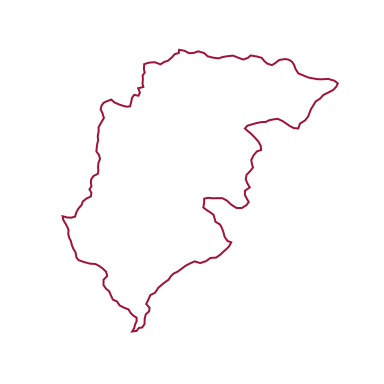 outline of Ingaí, Minas Gerais, Brazil, rotated 281°
{"feature_id": "56859067B52529568172767", "entity_name": "Ingaí", "entity_type": "district", "adm_level": 2, "iso_a3": "BRA", "parent_name": "Brazil", "parent_adm1": "Minas Gerais", "projection": "natural_earth1", "projection_center": [-44.929, -21.424], "detail": "fine", "context": "isolated", "style": "outline", "palette": "rose", "viewbox_px": 384, "rotation_deg": 281, "n_neighbors": 0, "source": "geoboundaries", "source_scale": "gbopen_adm2", "svg_char_len": 2900}
<svg xmlns="http://www.w3.org/2000/svg" viewBox="0 0 384 384"><g transform="rotate(281 192 192)"><path d="M70.3,172.4L73.3,168.4L77.9,169.7L82.9,170.8L86.0,174.9L91.7,177.3L97.0,181.5L101.3,185.6L105.9,187.6L108.5,189.6L111.0,193.0L115.0,196.7L118.3,199.7L121.4,203.5L124.4,207.8L123.8,213.6L126.8,219.0L130.8,222.7L132.2,228.1L135.5,231.4L139.0,233.9L141.8,236.1L145.5,238.7L150.1,240.1L150.7,236.2L154.3,232.5L158.8,230.4L162.1,228.4L165.4,225.8L167.3,220.7L170.6,219.1L173.7,217.5L175.6,213.6L177.0,210.0L179.0,206.0L183.8,206.0L187.8,205.2L189.4,209.0L189.8,213.8L190.9,218.3L191.7,223.1L190.2,228.0L187.1,232.9L184.8,238.6L185.8,244.0L189.6,248.0L193.0,249.6L196.3,246.8L199.2,244.5L203.3,243.7L207.5,247.8L211.3,244.5L214.8,242.3L219.3,242.3L223.9,245.3L227.7,247.2L231.0,245.4L234.7,244.1L239.7,245.4L244.3,248.0L246.4,251.8L250.6,250.6L254.1,247.6L257.3,243.5L260.7,238.5L262.3,235.4L264.4,231.8L267.6,233.6L269.7,237.6L271.9,242.1L273.9,246.8L274.9,251.2L277.1,253.9L278.6,257.5L280.2,262.2L278.9,267.4L277.3,271.2L275.6,275.0L274.2,279.5L274.6,284.1L279.9,285.0L283.9,289.4L288.4,291.6L293.0,292.4L296.1,293.0L299.5,294.3L304.5,296.1L308.1,299.9L312.4,302.5L316.1,307.4L319.2,311.2L323.1,313.6L326.5,314.4L328.4,310.6L329.0,304.1L327.5,298.3L326.7,293.8L326.6,289.8L326.6,284.3L327.7,278.9L328.7,273.8L332.5,270.2L336.2,268.0L338.9,265.4L340.3,261.9L340.3,258.1L338.3,252.5L334.4,249.1L331.8,246.3L332.4,241.3L334.4,237.9L337.0,234.9L337.4,229.8L337.2,223.5L334.4,221.3L331.8,217.2L332.7,211.6L333.7,206.2L332.2,201.3L330.7,197.1L328.2,192.4L327.9,186.2L328.2,181.5L330.7,177.4L331.3,171.4L328.9,167.2L327.7,162.7L329.2,157.7L329.1,152.2L325.9,152.5L324.1,148.8L320.7,146.8L316.4,143.5L314.2,139.7L311.3,136.7L312.3,130.6L310.8,125.2L308.4,120.7L303.6,121.3L300.1,122.8L297.1,121.3L292.6,122.4L289.0,122.7L285.8,124.2L283.6,119.4L279.6,121.9L276.3,121.1L276.3,116.7L273.1,115.2L268.1,115.1L264.2,114.8L263.2,111.2L263.8,104.7L265.1,98.8L267.3,95.1L264.8,91.0L262.7,88.2L259.7,86.8L255.8,86.5L251.9,89.3L247.8,91.4L243.5,89.8L237.6,87.9L233.9,88.8L228.8,88.8L225.0,90.0L221.4,89.8L217.9,90.0L213.5,90.4L210.9,93.4L207.0,95.4L202.6,94.6L198.1,95.1L194.8,96.1L191.8,96.0L188.9,92.2L185.0,90.6L181.7,91.0L178.5,92.2L175.1,90.8L172.0,93.4L168.3,93.6L165.5,89.7L161.8,86.6L158.2,86.1L154.0,83.6L149.8,82.3L145.5,81.9L143.8,78.5L143.2,74.5L143.5,69.6L140.0,71.0L137.1,73.6L133.8,76.4L131.0,78.1L127.3,78.5L123.8,80.1L120.5,82.6L116.8,84.3L113.7,86.3L110.5,89.2L105.7,91.0L103.5,93.6L102.7,98.9L102.2,105.6L102.9,110.8L101.7,115.0L99.8,119.1L97.3,122.9L93.3,124.8L89.0,121.9L83.7,122.9L80.5,126.3L78.8,129.6L75.5,131.8L71.3,134.8L70.2,139.3L66.9,142.5L65.5,147.2L64.6,152.2L61.7,154.6L59.4,158.1L58.1,161.6L54.5,162.3L50.7,161.3L47.6,161.3L43.7,159.9L45.0,164.0L48.3,165.7L49.6,169.0L53.4,170.6L58.7,169.7L63.1,170.0L66.7,172.7L70.3,172.4Z" fill="none" stroke="#9f1239" stroke-width="2"/></g></svg>